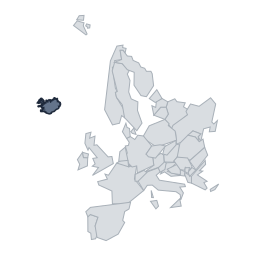 location of Iceland within Europe
{"feature_id": "ISL", "entity_name": "Iceland", "entity_type": "country or territory", "adm_level": 0, "iso_a3": "ISL", "parent_name": "Europe", "parent_adm1": "", "projection": "orthographic", "projection_center": [-19.868, 64.966], "detail": "fine", "context": "in_parent", "style": "filled", "palette": "slate", "viewbox_px": 256, "rotation_deg": 0, "n_neighbors": 37, "source": "natural_earth", "source_scale": "50m", "svg_char_len": 11133}
<svg xmlns="http://www.w3.org/2000/svg" viewBox="0 0 256 256"><path d="M73.5,25.5L77.2,20.9L84.0,22.8L83.3,25.8L87.1,34.0L86.0,34.9L73.5,25.5ZM126.1,48.4L125.0,53.3L123.0,50.3L120.1,50.3L121.6,59.5L114.6,60.6L115.6,66.0L112.4,67.3L115.4,88.3L117.3,91.5L115.4,92.5L116.5,97.4L124.4,110.4L124.5,117.6L121.6,115.6L119.5,123.2L112.5,124.9L104.6,109.7L110.4,60.9L116.9,46.1L123.0,45.1L122.6,47.6L126.1,48.4ZM84.0,15.4L83.5,20.3L76.7,19.7L79.2,15.7L84.0,15.4ZM90.1,24.9L89.7,27.9L87.5,28.2L87.2,26.8L85.7,25.9L86.6,23.9L90.1,24.9Z" fill="#d9dde1" stroke="#a8b0b8" stroke-width="1"/><path d="M116.7,163.1L136.7,165.9L134.4,179.0L143.7,190.5L126.7,204.3L112.4,203.7L111.9,191.0L98.8,185.0L97.7,181.6L107.4,179.1L105.0,174.1L108.5,175.2L116.7,163.1ZM151.6,197.5L151.2,190.4L153.4,197.6L151.6,197.5Z" fill="#d9dde1" stroke="#a8b0b8" stroke-width="1"/><path d="M124.5,117.6L122.3,104.8L116.5,97.4L115.4,92.5L117.3,91.5L112.2,70.9L114.6,62.3L122.3,63.7L129.1,70.8L127.3,74.1L130.0,80.5L128.7,92.0L131.2,98.9L137.9,101.9L137.5,110.5L142.0,123.1L136.8,130.7L124.5,117.6Z" fill="#d9dde1" stroke="#a8b0b8" stroke-width="1"/><path d="M167.8,101.8L174.8,98.8L176.9,101.7L185.2,102.8L183.5,106.8L187.5,109.3L187.5,114.8L171.5,128.6L164.9,119.4L168.3,114.1L166.2,107.1L167.8,101.8Z" fill="#d9dde1" stroke="#a8b0b8" stroke-width="1"/><path d="M213.8,124.0L217.4,120.5L215.2,131.4L209.3,131.8L210.2,127.0L203.6,128.8L200.8,141.3L198.1,136.7L200.8,133.9L192.9,130.9L185.1,140.9L176.4,144.1L175.6,132.4L171.5,128.6L173.0,125.3L187.5,114.8L186.0,111.4L190.5,104.0L199.1,106.3L210.6,97.8L215.7,104.0L211.8,122.0L213.8,124.0Z" fill="#d9dde1" stroke="#a8b0b8" stroke-width="1"/><path d="M164.9,119.4L169.1,123.7L168.3,125.6L175.1,131.0L176.6,140.2L156.4,147.0L145.1,139.4L143.4,136.0L149.2,125.8L164.9,119.4Z" fill="#d9dde1" stroke="#a8b0b8" stroke-width="1"/><path d="M163.8,155.2L164.3,163.1L160.9,166.6L144.3,172.3L153.8,165.2L152.8,158.0L161.0,153.3L163.8,155.2Z" fill="#d9dde1" stroke="#a8b0b8" stroke-width="1"/><path d="M176.4,144.1L179.4,144.9L178.9,154.7L173.2,162.2L164.4,162.0L163.8,155.2L176.4,144.1Z" fill="#d9dde1" stroke="#a8b0b8" stroke-width="1"/><path d="M187.9,135.2L192.9,130.9L200.8,133.9L198.1,136.7L199.2,141.7L195.3,137.0L187.9,135.2Z" fill="#d9dde1" stroke="#a8b0b8" stroke-width="1"/><path d="M199.2,141.7L203.0,139.1L204.7,147.4L190.0,160.4L177.2,157.1L179.9,143.2L187.9,135.2L195.3,137.0L199.2,141.7Z" fill="#d9dde1" stroke="#a8b0b8" stroke-width="1"/><path d="M166.2,107.1L168.3,114.1L164.9,119.4L153.8,115.2L160.7,107.2L166.2,107.1Z" fill="#d9dde1" stroke="#a8b0b8" stroke-width="1"/><path d="M162.0,98.5L167.8,101.8L166.2,107.1L160.7,107.2L153.8,115.2L151.9,105.7L155.7,107.4L156.5,100.4L162.0,98.5Z" fill="#d9dde1" stroke="#a8b0b8" stroke-width="1"/><path d="M156.8,89.7L162.0,98.5L155.3,102.5L149.3,98.6L156.8,89.7Z" fill="#d9dde1" stroke="#a8b0b8" stroke-width="1"/><path d="M143.4,136.0L151.7,146.0L146.1,154.1L152.8,158.0L153.8,165.2L137.3,173.0L136.7,165.9L132.1,167.0L128.7,163.6L125.6,155.8L127.3,153.0L125.3,146.0L128.4,145.4L129.2,142.3L126.6,138.4L130.2,136.5L134.8,139.5L137.8,135.2L143.4,136.0Z" fill="#d9dde1" stroke="#a8b0b8" stroke-width="1"/><path d="M188.3,159.4L190.0,160.4L204.7,147.4L207.7,155.1L195.9,170.0L188.3,159.4Z" fill="#d9dde1" stroke="#a8b0b8" stroke-width="1"/><path d="M218.7,184.0L214.9,189.6L210.6,191.5L210.2,189.4L218.7,184.0ZM191.4,176.4L205.2,160.3L205.6,164.4L199.5,170.7L202.7,171.1L197.4,174.9L207.1,181.3L203.9,182.6L207.1,188.1L205.2,189.9L191.5,183.1L191.4,176.4Z" fill="#d9dde1" stroke="#a8b0b8" stroke-width="1"/><path d="M191.4,176.4L191.5,183.1L187.9,182.4L183.7,171.9L191.4,176.4Z" fill="#d9dde1" stroke="#a8b0b8" stroke-width="1"/><path d="M166.2,162.8L177.0,162.4L167.5,171.4L180.4,175.5L171.0,176.3L164.5,171.9L160.6,173.9L166.2,162.8Z" fill="#d9dde1" stroke="#a8b0b8" stroke-width="1"/><path d="M143.9,170.3L148.1,173.7L139.8,181.5L135.0,181.1L135.2,174.4L143.9,170.3Z" fill="#d9dde1" stroke="#a8b0b8" stroke-width="1"/><path d="M128.0,164.1L130.3,166.5L128.6,166.8L128.0,164.1Z" fill="#d9dde1" stroke="#a8b0b8" stroke-width="1"/><path d="M127.9,160.4L128.6,166.8L116.7,163.1L123.3,158.8L127.9,160.4Z" fill="#d9dde1" stroke="#a8b0b8" stroke-width="1"/><path d="M125.2,147.2L127.9,160.4L118.7,161.3L119.9,151.6L125.2,147.2Z" fill="#d9dde1" stroke="#a8b0b8" stroke-width="1"/><path d="M87.8,216.8L90.4,214.5L98.0,217.2L95.1,226.0L98.0,232.7L95.6,238.8L91.4,239.5L90.8,233.2L87.9,231.5L87.8,216.8Z" fill="#d9dde1" stroke="#a8b0b8" stroke-width="1"/><path d="M97.0,237.4L95.1,226.0L98.0,217.2L90.4,214.5L87.8,216.8L85.8,211.7L90.4,207.4L130.6,202.2L129.0,209.0L124.7,211.5L122.7,220.4L124.7,222.5L118.2,234.1L106.1,240.6L97.0,237.4Z" fill="#d9dde1" stroke="#a8b0b8" stroke-width="1"/><path d="M87.7,157.7L87.4,165.9L78.0,169.9L79.7,164.3L77.4,159.6L82.5,152.3L83.5,157.6L87.7,157.7Z" fill="#d9dde1" stroke="#a8b0b8" stroke-width="1"/><path d="M147.6,171.8L158.3,167.8L160.6,171.5L156.2,175.2L159.4,180.2L184.6,184.2L185.4,186.6L179.8,187.1L183.4,192.9L180.8,199.8L180.2,194.6L176.0,191.7L158.2,190.1L152.3,185.1L147.3,185.3L143.7,190.5L138.1,181.2L147.6,171.8ZM170.5,207.6L179.7,198.8L181.2,206.1L170.5,207.6ZM150.5,201.3L156.8,200.4L158.5,206.2L155.9,208.9L150.5,201.3Z" fill="#d9dde1" stroke="#a8b0b8" stroke-width="1"/><path d="M130.2,136.5L126.6,138.4L122.4,131.7L125.9,123.2L127.0,127.4L129.5,128.5L130.2,136.5ZM133.8,128.1L136.0,134.4L132.2,133.3L130.9,131.6L133.8,128.1Z" fill="#d9dde1" stroke="#a8b0b8" stroke-width="1"/><path d="M87.7,157.7L83.5,157.6L82.5,152.3L88.5,154.0L87.7,157.7ZM97.2,157.7L89.0,147.6L88.0,150.2L84.9,143.3L85.9,133.6L91.0,132.2L89.6,138.2L95.0,136.1L94.0,145.3L96.9,144.8L108.1,156.9L111.9,156.5L113.3,163.6L92.5,175.4L98.5,167.5L92.3,166.2L95.1,163.9L92.8,158.4L97.2,157.7Z" fill="#d9dde1" stroke="#a8b0b8" stroke-width="1"/><path d="M158.3,167.8L164.4,162.0L166.2,162.8L164.9,169.5L160.1,172.2L158.3,167.8Z" fill="#d9dde1" stroke="#a8b0b8" stroke-width="1"/><path d="M123.0,50.3L127.3,56.0L131.6,56.4L133.1,60.4L138.7,62.9L140.8,67.0L144.7,68.3L146.4,71.3L150.9,71.3L152.2,73.8L153.6,85.7L146.4,96.7L141.0,95.6L134.0,85.2L134.2,72.3L127.3,69.7L122.3,63.7L114.6,62.3L121.6,59.5L120.1,50.3L123.0,50.3Z" fill="#d9dde1" stroke="#a8b0b8" stroke-width="1"/><path d="M175.9,140.4L176.1,144.9L167.0,155.1L162.7,154.0L164.7,146.6L175.9,140.4Z" fill="#d9dde1" stroke="#a8b0b8" stroke-width="1"/><path d="M151.7,146.0L160.1,144.8L165.5,146.0L155.5,158.1L148.4,156.8L146.1,154.1L151.7,146.0Z" fill="#d9dde1" stroke="#a8b0b8" stroke-width="1"/><path d="M180.3,174.6L171.2,173.2L167.2,169.2L177.8,164.0L180.9,169.0L180.3,174.6Z" fill="#d9dde1" stroke="#a8b0b8" stroke-width="1"/><path d="M192.0,167.5L195.9,170.0L189.7,176.4L188.0,172.2L192.0,167.5Z" fill="#d9dde1" stroke="#a8b0b8" stroke-width="1"/><path d="M173.9,160.8L177.2,157.1L187.6,158.0L192.1,166.6L189.9,169.6L185.4,167.3L184.9,170.3L180.3,169.7L173.9,160.8Z" fill="#d9dde1" stroke="#a8b0b8" stroke-width="1"/><path d="M184.9,171.6L184.4,176.0L180.4,175.5L180.3,169.7L184.9,171.6Z" fill="#d9dde1" stroke="#a8b0b8" stroke-width="1"/><path d="M188.0,173.4L184.9,171.6L185.1,167.9L189.5,167.5L188.0,173.4Z" fill="#d9dde1" stroke="#a8b0b8" stroke-width="1"/><path d="M55.9,99.2L56.1,99.2L56.5,99.0L56.6,98.9L57.0,98.5L57.2,98.4L57.6,98.4L57.8,98.3L57.6,98.5L57.4,98.6L57.1,98.9L56.9,99.4L56.8,99.7L56.8,99.8L57.0,100.0L57.3,100.1L57.5,100.0L57.8,100.3L57.8,100.5L57.8,100.8L57.7,101.1L57.5,101.4L57.5,101.5L58.4,101.3L58.5,101.4L58.5,101.5L58.6,101.8L58.4,102.4L58.7,102.1L59.0,102.0L59.5,102.1L59.8,102.5L60.0,102.4L60.2,102.5L60.1,102.9L60.1,103.1L59.9,103.3L59.9,103.5L60.1,103.7L60.3,103.8L60.2,103.9L60.2,104.0L60.4,104.4L60.5,104.5L60.5,104.8L60.4,105.0L60.1,105.1L59.9,105.2L60.0,105.4L60.0,105.6L60.0,105.9L59.8,106.3L59.6,106.5L59.1,106.7L58.9,106.6L59.0,106.9L58.8,107.1L58.8,107.3L58.9,107.6L58.8,107.9L58.7,108.1L58.5,108.3L58.2,108.5L57.9,108.8L57.7,109.0L57.2,109.0L56.7,109.2L56.0,109.7L55.5,110.1L55.1,110.5L54.6,111.1L54.2,111.4L54.0,111.5L53.6,111.5L53.2,111.7L52.0,112.1L51.6,112.3L51.4,112.7L51.5,112.8L51.4,113.2L51.1,113.4L50.9,113.4L50.8,113.2L50.7,113.2L50.6,113.3L50.8,113.5L50.6,113.6L49.8,113.9L48.4,113.7L47.9,113.5L47.2,113.2L46.8,113.2L46.3,113.1L45.8,112.7L45.6,112.5L45.6,112.4L45.6,112.2L45.9,112.1L45.8,111.9L45.7,111.9L45.4,112.2L45.2,112.2L45.1,111.9L44.7,111.9L44.5,111.7L44.2,111.4L44.3,111.2L44.2,111.2L43.9,111.2L43.6,111.5L41.4,111.6L40.9,111.6L40.7,111.4L40.6,110.9L40.6,110.6L40.7,110.3L40.8,110.4L40.9,110.5L41.0,110.7L41.1,110.8L41.8,110.6L42.1,110.4L42.3,110.3L42.4,110.0L42.6,109.9L42.8,109.4L42.9,109.2L43.0,109.0L43.5,108.9L43.3,108.8L43.1,108.8L42.4,109.2L42.2,109.2L42.3,109.0L42.5,108.8L42.4,108.8L42.3,108.7L42.5,108.2L43.0,107.8L43.2,107.7L43.3,107.6L43.2,107.6L42.5,107.9L42.1,108.1L41.8,107.9L41.7,107.8L41.7,107.6L41.9,107.1L41.7,107.0L41.4,106.7L40.8,106.7L39.5,106.5L39.2,106.5L38.7,106.8L38.4,106.8L38.2,106.6L38.1,106.4L38.0,106.2L38.3,105.9L38.8,106.0L39.2,105.8L39.5,105.8L39.8,105.6L40.0,105.7L40.0,105.8L40.5,105.6L40.7,105.4L41.0,105.5L41.4,105.5L41.8,105.5L42.7,105.5L42.8,105.3L42.9,105.2L43.0,104.8L42.9,104.8L42.4,105.1L42.2,105.1L41.6,104.9L41.4,104.7L41.5,104.5L41.8,104.2L42.2,104.0L42.7,103.7L42.8,103.6L42.8,103.4L42.5,103.2L41.9,103.2L41.7,103.0L41.2,102.8L40.8,102.9L40.6,102.7L40.2,102.9L39.1,103.2L38.7,103.4L38.2,103.2L37.8,103.0L37.3,102.9L37.6,102.4L37.8,102.3L38.0,102.4L38.4,102.7L38.6,102.8L38.3,102.4L38.3,102.2L38.2,101.9L38.2,101.6L38.3,101.5L38.6,101.6L39.2,102.1L39.5,102.0L39.6,101.9L39.9,101.8L39.8,101.7L39.3,101.7L39.0,101.6L38.9,101.4L38.8,101.2L39.0,101.0L39.4,101.1L39.1,100.7L38.9,100.5L38.9,100.4L39.0,100.2L39.5,100.4L39.5,100.2L39.3,100.0L39.3,99.9L39.5,99.7L39.8,99.6L40.0,99.7L40.4,100.1L40.5,100.2L40.5,100.4L40.5,100.6L40.8,100.7L41.1,100.4L41.3,100.6L41.3,100.9L41.3,101.2L41.3,101.3L41.4,101.1L41.7,101.1L41.7,100.6L41.7,100.3L41.7,100.2L41.0,99.8L40.8,99.7L40.7,99.5L40.7,99.4L40.9,99.3L41.1,99.2L41.6,99.3L41.7,99.2L41.3,99.0L41.3,98.9L41.0,98.9L40.7,98.9L40.4,98.8L40.4,98.7L40.5,98.6L40.8,98.4L41.2,98.4L41.5,98.3L41.8,98.4L42.0,98.6L42.3,99.1L42.7,99.3L43.0,99.6L43.4,100.2L43.8,100.5L43.6,100.8L43.9,101.0L44.0,101.2L44.0,101.3L43.9,102.0L43.7,102.2L43.3,102.1L43.4,102.3L43.7,102.5L43.7,102.8L43.8,102.7L43.9,102.8L43.8,103.0L43.7,103.3L43.8,103.4L44.0,103.4L44.1,103.6L44.3,104.2L44.3,104.4L44.4,104.2L44.5,103.8L44.5,103.6L44.7,103.4L44.8,102.9L45.0,102.5L45.2,102.4L45.3,102.4L45.6,102.8L45.8,102.9L45.9,102.6L46.0,102.1L46.0,101.6L46.0,101.0L46.0,100.5L46.1,100.3L46.3,100.2L46.5,100.3L47.0,101.1L47.3,101.4L47.5,101.7L47.6,101.8L47.8,101.9L47.9,101.6L47.9,100.8L47.9,100.5L48.0,100.3L48.4,100.2L48.6,100.1L48.8,99.9L49.0,99.8L49.1,99.7L49.3,99.8L49.4,100.0L49.6,100.3L49.9,100.8L50.3,101.2L50.5,101.9L50.6,102.0L50.7,101.9L50.7,101.5L50.6,101.1L50.2,100.2L50.2,99.9L50.5,99.8L51.0,99.9L51.2,100.1L51.6,100.6L51.7,100.8L51.8,100.8L51.8,100.7L52.0,100.6L52.2,100.1L52.6,99.5L52.8,99.6L53.0,99.7L53.1,99.8L53.3,99.9L53.7,99.7L54.0,99.5L54.0,99.2L53.8,98.2L54.3,97.8L54.8,97.8L55.2,98.2L55.4,98.4L55.5,98.6L55.5,99.0L55.9,99.2Z" fill="#64748b" stroke="#1e293b" stroke-width="1.5"/></svg>